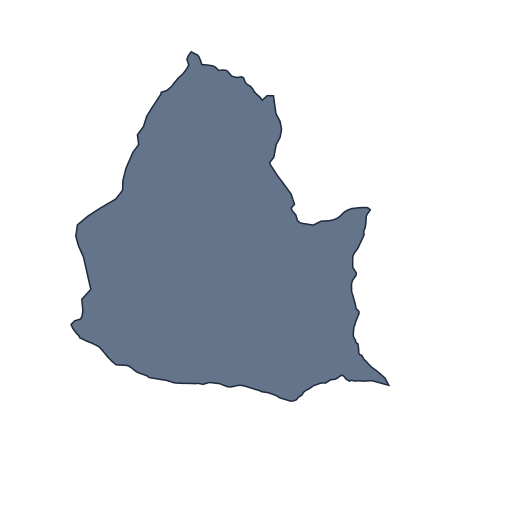 Talo, Punakha, Bhutan (orthographic projection), rotated 205°
{"feature_id": "84629894B89675802182154", "entity_name": "Talo", "entity_type": "district", "adm_level": 2, "iso_a3": "BTN", "parent_name": "Bhutan", "parent_adm1": "Punakha", "projection": "orthographic", "projection_center": [89.823, 27.557], "detail": "fine", "context": "isolated", "style": "filled", "palette": "slate", "viewbox_px": 512, "rotation_deg": 205, "n_neighbors": 0, "source": "geoboundaries", "source_scale": "gbopen_adm2", "svg_char_len": 2935}
<svg xmlns="http://www.w3.org/2000/svg" viewBox="0 0 512 512"><g transform="rotate(205 256 256)"><path d="M401.0,413.7L401.4,411.9L402.0,408.5L401.7,405.0L397.7,400.7L397.9,396.2L399.3,389.8L401.6,384.6L403.7,376.7L404.1,374.0L407.0,368.0L411.1,364.4L410.6,362.4L413.0,346.0L414.1,336.5L412.7,325.9L414.7,315.7L409.4,307.4L411.4,298.1L410.9,280.4L408.5,268.1L404.7,259.1L407.2,248.3L417.2,233.9L425.3,220.9L431.0,208.7L427.7,197.8L421.1,190.1L411.9,182.1L391.6,155.9L395.6,143.1L389.9,133.5L388.2,127.9L388.4,124.7L392.9,120.7L394.7,115.8L391.7,113.1L389.0,111.6L385.7,109.8L382.8,108.9L381.3,107.4L373.1,107.3L369.2,107.6L364.4,107.6L359.9,107.4L354.0,104.9L348.6,102.2L342.2,99.7L337.1,98.3L335.1,98.9L327.2,102.1L325.1,102.4L321.9,102.1L319.3,101.4L315.2,100.5L313.0,100.5L309.0,100.9L303.6,101.3L301.7,100.7L298.5,101.5L290.7,103.7L288.9,104.1L287.0,104.7L284.9,105.4L277.2,106.4L275.0,107.0L267.2,110.2L263.4,112.0L256.8,114.8L254.5,116.2L249.7,117.3L246.0,120.7L244.2,121.9L237.2,124.2L234.8,125.0L229.9,125.2L226.1,125.6L223.0,126.9L219.8,129.4L218.1,130.8L215.1,132.4L211.6,133.3L199.7,134.9L196.7,135.4L193.1,135.5L187.5,137.2L183.1,137.7L177.8,138.0L175.0,137.5L172.3,137.8L163.1,139.1L160.2,141.0L158.5,143.0L157.8,146.3L156.4,147.9L155.5,150.1L155.4,152.2L154.3,154.8L151.6,158.3L148.9,163.0L146.9,164.8L144.5,167.3L142.0,169.2L139.3,170.2L136.0,175.4L134.1,176.5L132.0,178.0L130.8,179.4L129.7,181.6L128.6,183.4L127.0,184.5L124.6,183.8L122.9,182.6L118.5,182.0L117.1,183.7L113.7,184.4L110.1,186.3L104.9,188.4L98.3,192.0L81.0,194.9L87.5,199.9L92.5,201.4L98.0,202.9L104.8,204.2L112.1,207.2L114.3,207.9L116.7,209.7L118.3,210.6L120.7,210.6L122.3,212.0L122.9,213.9L125.4,217.8L126.3,219.4L129.1,219.9L130.3,221.8L131.8,222.7L133.7,224.2L135.3,227.5L137.3,233.2L137.3,235.8L137.8,238.1L138.3,247.4L139.3,249.3L143.0,250.6L146.3,255.1L147.9,256.9L150.8,260.4L154.2,264.0L157.7,271.2L158.2,275.0L157.1,280.8L158.1,283.2L163.4,286.5L166.7,293.2L167.9,296.2L168.3,299.0L167.8,301.9L167.3,303.9L166.9,306.6L167.0,311.2L166.9,314.2L167.0,321.1L168.8,323.5L169.0,327.2L169.5,329.7L170.8,333.6L172.9,338.6L172.9,340.3L171.9,346.2L175.3,347.0L177.3,346.2L180.2,344.8L183.8,342.8L189.4,339.4L192.5,336.2L194.2,333.8L195.4,331.1L196.6,327.7L198.3,324.5L201.2,321.4L205.3,318.4L211.6,315.2L217.2,308.2L227.6,305.2L230.3,304.7L233.4,305.7L237.3,310.1L242.4,312.3L244.4,314.5L242.9,319.1L246.8,323.2L250.2,326.9L260.5,332.6L270.5,337.9L281.4,344.7L283.1,346.4L281.6,353.0L284.8,365.9L284.3,373.6L286.3,381.5L290.9,388.0L298.1,393.5L307.9,408.6L313.6,406.1L316.2,399.8L319.1,401.5L323.2,402.7L325.7,403.6L327.5,404.5L329.7,406.1L332.4,407.4L337.1,407.9L339.7,409.3L342.2,412.0L344.6,412.5L348.1,410.1L351.1,409.1L353.9,408.8L360.8,411.7L363.7,411.0L368.6,408.4L370.7,409.4L373.6,410.2L376.1,409.9L380.4,408.7L386.0,406.6L388.7,409.6L391.9,412.4L393.7,413.4L397.2,413.5L401.0,413.7Z" fill="#64748b" stroke="#1e293b" stroke-width="1.5"/></g></svg>